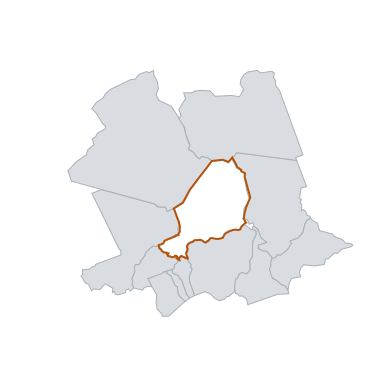 Niger and the surrounding countries, rotated 340°
{"feature_id": "NER", "entity_name": "Niger", "entity_type": "country or territory", "adm_level": 0, "iso_a3": "NER", "parent_name": "Africa", "parent_adm1": "", "projection": "mercator", "projection_center": [6.366, 17.607], "detail": "fine", "context": "with_neighbors", "style": "outline", "palette": "amber", "viewbox_px": 384, "rotation_deg": 340, "n_neighbors": 11, "source": "natural_earth", "source_scale": "50m", "svg_char_len": 8738}
<svg xmlns="http://www.w3.org/2000/svg" viewBox="0 0 384 384"><g transform="rotate(340 192 192)"><path d="M301.2,198.1L301.5,226.1L295.7,225.6L290.8,235.0L292.3,236.6L290.0,238.8L290.8,241.6L288.4,247.0L290.7,246.6L292.2,249.3L292.2,253.3L294.7,255.3L294.6,257.0L290.4,258.1L287.0,260.9L282.1,268.4L275.8,271.5L267.4,271.7L268.0,274.1L261.7,279.1L253.2,281.7L250.4,280.1L249.2,281.8L243.6,282.3L244.7,280.5L241.6,273.0L238.7,271.8L234.7,267.9L236.2,264.6L244.9,264.9L241.2,258.7L241.0,249.6L238.4,245.2L239.0,241.9L234.7,241.8L234.7,237.3L231.9,234.7L234.8,225.6L243.4,219.0L243.8,209.8L246.4,195.4L247.8,192.3L245.0,189.8L244.9,187.6L242.4,185.7L240.7,174.4L247.5,170.4L301.2,198.1Z" fill="#d9dde1" stroke="#a8b0b8" stroke-width="1"/><path d="M63.9,250.6L63.2,243.2L60.7,241.3L59.1,233.0L61.3,231.7L62.5,227.6L69.3,229.4L73.1,228.0L75.7,228.5L76.7,227.0L103.7,226.8L105.2,222.0L104.0,221.1L97.5,159.0L107.8,158.9L153.1,190.7L154.7,194.1L162.0,197.3L162.1,201.8L169.6,201.1L169.6,217.4L165.9,222.1L165.4,226.4L150.2,228.1L147.7,230.6L139.1,230.9L137.4,229.5L133.7,230.5L127.4,233.4L126.2,235.6L120.9,238.7L120.0,240.5L117.2,241.9L114.0,240.9L112.1,242.6L111.1,247.4L105.8,253.1L105.9,255.4L104.1,258.3L104.6,262.3L100.2,264.1L99.2,261.2L96.1,261.8L94.8,263.8L86.9,263.4L84.8,261.4L85.2,259.4L84.4,258.6L82.9,259.2L84.6,255.3L79.5,249.0L78.2,248.8L72.5,252.2L66.7,249.6L63.9,250.6Z" fill="#d9dde1" stroke="#a8b0b8" stroke-width="1"/><path d="M159.0,290.2L153.4,291.0L151.8,286.3L152.1,270.7L150.7,269.3L150.5,266.0L146.1,261.6L146.9,258.0L149.2,257.2L150.6,254.2L153.9,253.6L157.6,249.5L160.0,249.5L165.2,253.4L164.9,255.7L166.4,259.8L165.1,262.5L165.8,264.4L160.5,270.7L159.2,275.0L159.0,290.2Z" fill="#d9dde1" stroke="#a8b0b8" stroke-width="1"/><path d="M159.0,290.2L159.2,275.0L160.5,270.7L165.8,264.4L165.1,262.5L166.4,259.8L164.9,255.7L165.6,247.3L167.6,244.5L168.5,240.5L170.3,239.0L177.5,238.2L184.2,240.8L186.7,243.4L190.2,243.5L193.4,241.8L201.5,245.4L204.9,245.2L208.9,242.3L212.8,242.5L214.8,241.5L223.6,243.9L228.9,240.1L230.4,240.4L235.0,247.9L236.2,247.8L238.9,250.5L237.8,254.0L232.1,259.3L226.6,273.5L223.0,276.3L219.9,285.3L215.2,287.6L211.5,284.8L208.9,284.9L204.9,288.9L203.0,288.9L198.0,300.2L191.1,302.7L188.5,302.3L185.9,303.8L180.5,303.7L176.9,299.5L174.7,294.6L170.0,290.1L159.0,290.2Z" fill="#d9dde1" stroke="#a8b0b8" stroke-width="1"/><path d="M238.4,245.2L241.0,249.6L241.2,258.7L244.9,264.9L236.2,264.6L234.7,267.9L238.7,271.8L241.6,273.0L244.7,280.5L240.2,289.2L238.6,290.4L238.2,300.5L241.4,304.0L244.5,309.9L247.5,312.1L248.6,317.1L248.1,320.7L237.3,317.4L205.8,317.0L206.7,311.7L204.1,307.2L201.1,306.1L199.7,303.1L198.0,302.1L199.8,295.5L203.0,288.9L204.9,288.9L208.9,284.9L211.5,284.8L215.2,287.6L219.9,285.3L223.0,276.3L226.6,273.5L232.1,259.3L237.8,254.0L238.9,250.5L236.2,247.8L236.5,245.6L238.4,245.2Z" fill="#d9dde1" stroke="#a8b0b8" stroke-width="1"/><path d="M146.9,258.0L146.1,261.6L150.5,266.0L150.7,269.3L152.1,270.7L151.8,286.3L153.4,291.0L148.0,292.4L144.7,285.8L144.2,282.4L145.7,276.3L144.0,273.8L143.4,263.5L140.6,260.0L141.0,257.8L146.9,258.0Z" fill="#d9dde1" stroke="#a8b0b8" stroke-width="1"/><path d="M141.0,257.8L140.6,260.0L143.4,263.5L144.0,273.8L145.7,276.3L144.2,282.4L144.7,285.8L148.0,292.4L127.7,300.7L121.7,298.7L122.0,296.1L119.1,290.3L120.8,282.6L123.7,276.9L121.0,262.1L121.1,258.2L141.0,257.8Z" fill="#d9dde1" stroke="#a8b0b8" stroke-width="1"/><path d="M104.6,262.3L104.1,258.3L105.9,255.4L105.8,253.1L111.1,247.4L112.1,242.6L114.0,240.9L117.2,241.9L120.0,240.5L120.9,238.7L126.2,235.6L127.4,233.4L133.7,230.5L137.4,229.5L139.1,230.9L143.4,230.8L142.9,234.2L143.8,237.4L147.6,241.9L147.8,245.2L155.5,246.8L155.4,251.5L153.9,253.6L150.6,254.2L149.2,257.2L146.9,258.0L137.9,257.3L135.8,258.4L121.1,258.2L121.9,267.2L117.3,265.5L114.1,265.7L111.8,267.4L104.6,262.3Z" fill="#d9dde1" stroke="#a8b0b8" stroke-width="1"/><path d="M324.9,297.1L322.7,297.8L313.4,297.0L307.7,299.4L305.0,298.0L297.5,301.3L294.5,300.7L291.5,305.3L281.6,303.3L271.8,298.5L268.2,300.7L265.6,304.1L265.0,308.8L256.1,307.3L252.1,310.9L248.6,317.1L247.5,312.1L244.5,309.9L241.4,304.0L238.2,300.5L238.1,295.7L238.6,290.4L240.2,289.2L243.6,282.3L249.2,281.8L250.4,280.1L253.2,281.7L261.7,279.1L268.0,274.1L267.4,271.7L275.8,271.5L282.1,268.4L287.0,260.9L290.4,258.1L294.6,257.0L295.4,259.9L299.3,264.2L298.6,271.9L309.8,279.6L309.8,281.8L317.1,288.3L318.8,292.3L323.9,295.0L324.9,297.1Z" fill="#d9dde1" stroke="#a8b0b8" stroke-width="1"/><path d="M82.5,140.7L82.6,129.7L93.4,124.0L105.6,120.8L108.2,116.9L116.1,113.8L116.4,107.9L120.3,107.2L123.3,104.3L132.1,103.0L133.3,99.9L131.6,98.2L128.8,84.7L126.3,79.5L132.8,75.0L140.0,73.5L144.3,70.1L150.8,67.6L173.3,65.4L176.7,66.6L183.0,63.3L190.2,63.3L192.9,65.2L197.5,64.7L196.1,69.0L197.2,76.9L195.6,83.7L191.5,88.2L192.1,94.3L201.8,104.3L206.8,125.2L205.6,142.6L206.2,147.4L203.5,150.5L207.5,156.0L207.8,159.1L210.2,163.3L213.3,161.9L218.6,165.3L221.6,169.9L198.5,183.8L179.1,197.9L169.6,201.1L162.1,201.8L162.0,197.3L154.7,194.1L153.1,190.7L82.5,140.7Z" fill="#d9dde1" stroke="#a8b0b8" stroke-width="1"/><path d="M309.0,126.6L309.0,195.1L301.2,195.1L301.2,198.1L247.5,170.4L236.0,177.1L232.2,173.1L221.6,169.9L218.6,165.3L213.3,161.9L210.2,163.3L207.8,159.1L207.5,156.0L203.5,150.5L206.2,147.4L206.0,135.0L207.2,128.8L204.6,118.4L207.9,116.6L207.8,110.0L217.8,102.1L218.1,96.0L226.0,98.8L228.9,98.1L234.5,99.4L243.4,103.0L246.5,110.0L262.1,114.8L269.2,118.7L275.7,113.1L274.2,107.0L276.3,103.2L281.1,99.4L285.7,98.3L294.8,100.0L297.1,103.5L308.4,105.9L310.1,108.5L307.7,112.3L308.7,115.6L307.0,120.4L309.0,126.6Z" fill="#d9dde1" stroke="#a8b0b8" stroke-width="1"/><path d="M232.4,239.3L231.2,239.4L230.5,239.6L229.6,240.2L228.6,240.5L227.4,241.1L226.7,241.6L226.0,241.9L225.0,242.9L224.7,243.6L223.7,243.7L222.4,243.6L221.5,242.9L219.5,242.1L218.2,241.8L217.6,241.8L214.6,241.6L211.3,241.9L209.7,242.3L209.4,242.3L208.4,242.8L207.6,243.3L205.5,245.5L202.8,245.4L201.1,245.2L199.7,244.8L197.7,243.8L195.3,242.2L194.4,242.0L193.5,241.8L193.3,241.9L190.4,243.5L189.8,243.4L189.1,243.6L188.7,244.0L188.3,244.2L188.0,244.2L187.5,244.1L187.1,243.9L186.6,243.5L185.4,241.7L185.2,241.4L184.7,240.8L183.8,240.0L183.2,239.6L182.9,239.5L182.5,239.6L180.1,238.9L177.8,238.2L177.3,238.3L176.9,238.4L176.1,239.0L175.2,239.1L174.0,239.0L173.3,238.9L172.3,239.1L171.5,239.4L170.6,239.7L169.4,240.7L169.1,240.9L168.8,241.0L168.4,243.8L168.0,244.7L167.4,245.8L166.2,246.8L165.4,247.4L165.4,248.3L165.3,249.7L165.3,250.7L165.4,251.3L165.2,251.6L165.2,251.9L165.2,252.3L165.4,252.5L165.5,252.7L165.5,252.9L165.1,253.2L164.6,252.5L164.1,252.1L163.5,251.9L163.1,251.6L162.9,251.1L162.1,250.3L160.2,248.6L159.8,248.4L159.2,248.7L158.9,248.9L158.7,249.0L158.4,249.1L157.5,249.3L156.8,249.6L156.8,249.8L157.1,251.1L157.0,251.8L156.6,251.5L155.6,250.1L155.0,249.2L154.8,249.0L154.7,248.6L154.8,248.5L155.1,248.4L155.7,248.2L155.8,248.1L155.9,247.9L155.8,247.4L155.4,246.7L155.0,246.3L154.8,246.2L154.5,246.2L154.0,246.2L153.3,246.8L152.9,246.9L152.1,246.8L151.4,246.7L151.0,246.4L149.7,245.3L148.3,244.2L147.7,244.0L147.5,243.9L147.4,243.0L147.5,242.0L147.5,241.7L148.1,241.8L148.8,241.9L149.0,241.7L148.5,241.4L147.7,241.0L147.5,240.4L147.3,240.2L146.9,240.0L146.6,239.9L146.2,239.7L145.9,239.5L145.5,239.5L145.0,239.3L144.4,238.4L143.8,237.5L143.4,236.8L143.3,236.3L143.5,235.6L143.3,235.3L142.6,234.5L142.0,233.8L142.1,232.8L142.3,231.9L142.3,231.3L142.4,231.0L142.4,230.6L142.8,230.5L143.8,230.5L145.7,230.7L147.3,230.5L147.3,230.4L148.4,229.5L149.6,228.4L151.4,228.3L153.4,228.2L154.9,228.2L157.2,228.1L159.0,228.0L161.1,228.0L161.1,227.5L161.3,227.4L161.5,227.4L163.0,227.6L164.5,227.9L164.6,227.0L165.8,225.9L166.5,225.6L166.7,225.4L167.0,225.1L167.1,224.5L167.2,224.1L167.4,223.7L167.6,223.1L167.9,222.0L168.6,220.9L169.0,219.3L169.1,217.8L169.1,216.6L169.4,216.4L169.4,214.3L169.3,212.3L169.3,210.5L169.3,208.3L169.3,206.4L169.3,204.3L169.3,202.4L169.3,201.2L170.8,200.9L172.3,200.6L174.5,200.1L176.9,199.7L179.5,199.1L180.1,198.8L182.1,197.0L183.0,196.2L184.8,194.6L186.1,193.3L187.9,191.7L189.7,190.1L191.2,188.8L193.5,187.4L197.0,185.2L200.5,182.9L203.9,180.7L207.4,178.5L210.9,176.3L214.4,174.1L217.9,171.8L221.4,169.6L224.9,170.5L228.2,171.3L231.5,172.1L232.3,172.5L234.1,174.1L236.4,176.1L236.5,176.2L238.8,175.0L241.6,173.4L242.3,177.6L242.9,181.2L242.9,183.5L243.0,184.1L243.2,184.5L243.7,184.9L245.8,188.2L245.4,188.8L245.7,189.8L246.2,190.3L248.0,192.2L248.2,192.6L248.1,192.9L246.9,195.2L246.7,195.8L246.4,198.7L246.3,200.7L246.0,203.6L245.7,206.9L245.5,209.7L245.2,213.5L244.9,217.0L243.2,218.9L240.0,222.3L237.5,225.1L236.2,227.0L233.7,230.6L232.6,232.9L231.7,234.1L231.3,234.6L231.7,236.4L232.4,239.3Z" fill="none" stroke="#b45309" stroke-width="2"/></g></svg>